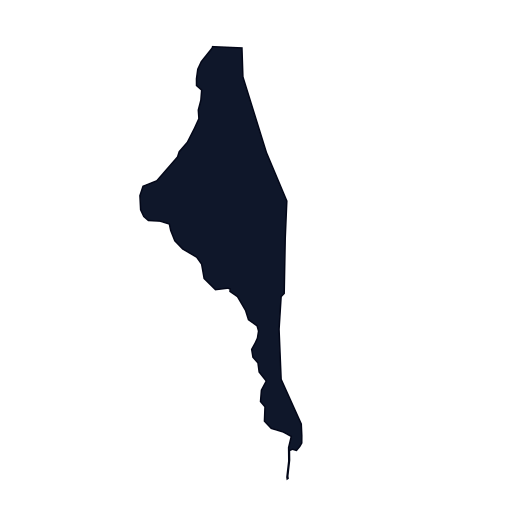 outline of Riverside Road, Soufrière, Saint Lucia, rotated 221°
{"feature_id": "8701671B35979662153697", "entity_name": "Riverside Road", "entity_type": "district", "adm_level": 2, "iso_a3": "LCA", "parent_name": "Saint Lucia", "parent_adm1": "Soufrière", "projection": "equal_earth", "projection_center": [-61.054, 13.895], "detail": "fine", "context": "isolated", "style": "filled", "palette": "ink", "viewbox_px": 512, "rotation_deg": 221, "n_neighbors": 0, "source": "geoboundaries", "source_scale": "gbopen_adm2", "svg_char_len": 1217}
<svg xmlns="http://www.w3.org/2000/svg" viewBox="0 0 512 512"><g transform="rotate(221 256 256)"><path d="M376.0,217.9L373.4,215.2L366.6,212.2L360.5,212.2L351.4,219.3L342.4,223.3L337.1,219.3L327.2,214.2L315.9,213.2L300.0,216.2L291.7,214.2L280.4,205.0L264.5,204.0L256.2,213.2L253.9,214.2L252.4,212.2L243.3,213.2L228.2,208.1L219.9,203.0L209.3,204.0L204.8,201.0L201.0,194.9L199.5,189.8L198.0,182.7L191.9,177.6L185.9,176.8L184.4,176.6L177.5,170.5L166.2,168.4L163.9,158.3L159.9,152.9L157.1,149.1L150.3,148.1L141.3,136.9L131.4,135.9L120.1,141.0L111.0,143.0L105.7,132.8L104.0,130.9L96.7,122.7L87.6,109.4L86.2,108.2L86.1,108.7L85.9,109.2L87.6,110.7L96.7,123.9L103.3,131.3L102.9,131.6L101.7,134.1L97.9,135.8L98.0,140.9L98.8,144.9L103.6,150.5L111.6,158.9L156.1,179.4L190.5,215.8L210.2,241.6L210.4,241.6L210.2,246.3L245.6,288.6L268.8,317.7L316.0,340.9L383.4,382.6L403.1,403.8L426.1,385.5L425.5,384.2L424.8,366.9L422.5,358.8L417.2,350.7L412.7,345.6L405.9,345.6L399.8,337.4L395.3,328.3L389.2,322.2L386.2,312.0L382.4,296.8L382.4,295.5L382.4,285.6L382.4,284.4L380.2,279.3L380.2,262.2L380.2,261.0L380.2,249.0L380.2,247.7L386.7,235.1L387.0,234.5L383.2,225.4L376.0,217.9Z" fill="#0f172a" stroke="#020617" stroke-width="1.5"/></g></svg>